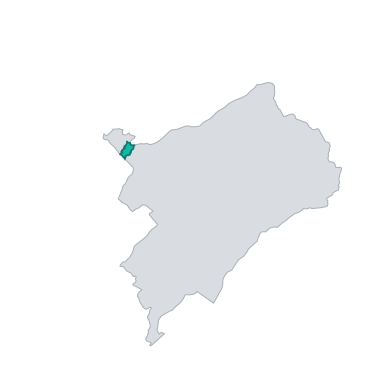 location of Mbanza-Ngungu, Bas-Congo, Democratic Republic of the Congo, rotated 47°
{"feature_id": "63176286B82592558575614", "entity_name": "Mbanza-Ngungu", "entity_type": "district", "adm_level": 2, "iso_a3": "COD", "parent_name": "Democratic Republic of the Congo", "parent_adm1": "Bas-Congo", "projection": "equal_earth", "projection_center": [14.766, -5.339], "detail": "fine", "context": "in_parent", "style": "filled", "palette": "teal", "viewbox_px": 384, "rotation_deg": 47, "n_neighbors": 0, "source": "geoboundaries", "source_scale": "gbopen_adm2", "svg_char_len": 6799}
<svg xmlns="http://www.w3.org/2000/svg" viewBox="0 0 384 384"><g transform="rotate(47 192 192)"><path d="M288.1,252.0L268.2,256.2L268.5,257.7L268.3,259.3L267.8,260.5L265.7,263.8L262.7,266.8L262.7,267.6L264.1,270.9L265.0,275.6L264.7,283.7L265.0,285.9L264.9,287.6L263.9,289.5L261.7,299.3L263.0,304.0L266.8,308.4L269.0,311.7L272.9,312.9L273.5,312.7L273.8,310.0L276.9,308.9L276.5,326.3L276.3,327.3L275.7,327.5L275.0,326.9L274.8,325.3L274.0,324.6L270.2,326.7L269.2,326.6L268.2,326.3L267.5,325.4L267.3,324.1L264.7,319.0L263.4,318.7L262.1,314.1L256.2,310.8L254.0,310.5L252.8,309.5L251.7,305.9L249.7,303.6L249.3,301.0L249.0,300.7L247.7,301.2L246.6,305.2L245.3,306.2L242.9,306.3L236.8,305.1L232.5,303.0L231.4,303.2L229.7,301.3L229.0,298.2L229.4,295.7L229.1,295.4L222.5,297.4L220.8,298.6L219.4,298.3L218.9,297.7L219.6,296.0L219.3,294.2L218.8,293.4L216.8,292.7L216.2,290.8L215.1,290.5L214.7,290.8L214.3,292.1L213.6,292.5L209.7,291.9L205.5,293.6L200.0,293.1L197.4,295.2L197.0,295.1L196.5,294.1L196.0,290.8L196.3,289.9L197.1,289.2L197.4,287.9L197.1,284.5L197.4,283.7L197.1,281.7L196.3,278.6L195.2,276.0L192.7,272.1L192.2,270.3L192.5,266.0L193.3,259.2L193.2,254.1L192.2,250.8L192.0,247.2L192.7,240.8L192.1,239.3L179.5,238.8L179.0,238.3L178.8,237.4L179.4,233.6L171.7,234.6L169.4,235.3L168.0,236.8L167.5,238.8L167.4,241.6L166.3,244.2L165.9,248.7L163.8,249.2L161.7,249.2L157.6,248.3L153.6,249.5L151.7,250.7L150.6,250.2L147.1,250.6L146.6,250.3L142.5,241.4L140.7,238.5L140.4,237.0L140.5,235.7L140.0,233.8L138.1,229.3L137.8,227.1L137.9,223.8L137.7,222.7L135.9,219.8L134.8,218.9L133.6,218.4L113.0,218.8L106.2,218.2L101.2,218.6L98.7,218.4L98.0,217.9L95.7,218.5L94.6,219.8L92.8,220.4L91.7,220.1L89.5,216.8L92.5,216.3L92.7,215.9L92.8,208.0L92.1,206.9L93.6,205.5L96.1,202.0L98.6,200.8L98.9,200.1L99.4,200.1L100.3,201.6L102.4,203.5L105.1,201.8L105.3,201.4L105.7,198.0L106.3,197.7L107.4,198.4L108.1,198.4L109.2,197.4L112.6,195.7L113.5,197.9L112.6,199.9L113.0,201.3L113.1,203.4L113.7,203.9L116.3,204.1L117.1,203.6L122.3,195.8L123.7,194.9L125.9,191.8L128.8,190.4L130.1,188.0L131.8,183.6L132.5,177.3L132.3,166.5L132.5,165.0L136.0,160.1L139.7,151.2L142.1,148.9L144.0,147.9L146.8,144.7L149.1,141.4L148.8,137.5L149.3,134.2L150.5,130.1L150.9,125.7L150.5,121.0L150.7,117.2L152.3,111.2L152.5,104.3L154.0,98.5L157.0,91.1L158.4,85.6L158.1,80.2L158.5,76.2L158.3,73.8L157.8,71.8L158.1,70.5L159.2,70.0L160.6,67.9L163.1,62.6L165.9,60.0L167.8,59.2L169.8,59.3L171.1,59.7L173.2,61.8L175.6,63.5L177.4,65.6L179.2,68.8L183.4,69.5L185.3,70.7L186.4,71.1L186.8,70.8L187.7,71.0L189.7,72.0L191.3,71.4L199.2,73.5L200.1,72.5L202.3,66.9L203.9,65.0L206.6,64.8L208.7,65.9L209.8,65.9L219.5,61.1L220.8,60.9L224.3,62.0L226.6,61.3L227.5,61.5L229.5,60.7L231.1,57.3L232.4,56.5L246.4,60.1L248.5,58.4L249.5,58.2L252.6,59.5L253.6,61.5L255.4,63.3L256.8,66.2L258.9,67.8L259.9,69.4L261.2,70.4L263.7,70.8L266.9,68.2L269.2,68.5L271.5,69.9L272.3,69.8L274.0,68.3L274.9,66.6L275.7,66.3L277.1,67.0L278.2,68.5L279.2,70.8L282.7,75.8L286.1,77.9L287.0,80.9L288.2,80.7L288.8,80.9L289.7,82.9L290.3,83.3L290.4,84.1L289.6,85.9L288.8,89.4L289.9,91.5L289.0,94.6L288.6,97.9L289.7,98.7L291.1,98.6L292.4,100.3L293.4,100.6L294.5,102.3L294.2,103.8L290.9,109.1L285.9,115.5L284.2,116.3L283.4,117.5L282.8,119.3L281.3,120.9L280.2,121.6L280.1,126.2L278.4,131.0L277.8,132.0L276.9,139.8L277.0,141.2L276.1,147.6L276.2,153.6L273.8,155.4L272.1,158.4L271.4,160.4L271.4,165.3L268.7,168.2L268.5,168.9L269.1,172.3L270.1,172.9L270.1,174.0L272.4,177.7L272.2,189.0L272.3,190.1L273.4,192.8L274.2,197.9L273.3,204.4L276.2,216.3L274.8,220.7L275.4,224.9L277.2,229.2L281.4,233.5L282.5,235.3L283.5,237.7L284.5,241.4L288.1,252.0Z" fill="#d9dde1" stroke="#a8b0b8" stroke-width="1"/><path d="M113.7,214.8L113.8,214.8L114.1,214.8L114.1,215.2L114.0,215.3L114.2,215.6L114.3,215.6L114.2,215.8L114.2,216.0L114.3,216.0L114.3,216.3L114.6,216.4L114.8,216.6L115.0,216.3L115.3,216.0L115.5,216.1L115.5,216.4L115.5,216.5L115.4,216.7L115.5,216.7L115.5,216.9L115.5,217.0L115.6,216.9L115.6,217.1L115.6,217.3L115.4,217.5L115.5,217.6L115.7,217.8L115.7,218.0L115.8,218.1L115.7,218.2L115.8,218.3L115.7,218.3L115.5,218.5L115.4,218.7L115.3,218.8L115.2,218.9L115.3,219.0L115.4,218.9L116.2,218.5L116.4,218.4L117.0,218.3L117.5,218.3L119.3,218.4L120.2,218.3L120.3,218.3L120.6,218.4L121.6,218.4L122.6,218.6L122.4,218.5L122.3,218.4L122.2,218.2L122.2,218.3L122.1,218.2L121.9,218.0L122.0,218.1L121.9,218.2L121.7,218.1L121.7,217.9L121.4,217.8L121.3,217.6L121.3,217.4L121.2,217.5L121.1,217.4L121.1,217.1L121.0,216.9L120.9,216.7L120.6,216.4L120.4,216.2L120.4,215.9L120.5,215.8L120.5,215.4L120.6,215.2L120.8,215.1L120.9,214.9L120.8,214.7L121.0,214.5L121.0,214.4L120.9,214.4L120.9,214.2L121.0,214.2L121.3,214.0L121.4,213.9L121.4,213.7L121.5,213.7L121.6,213.4L121.6,213.5L121.7,213.4L121.9,213.4L121.9,213.1L122.0,213.0L122.0,212.9L122.0,212.7L122.1,212.4L122.4,212.1L122.2,211.9L122.2,211.6L122.1,211.3L122.0,211.2L121.8,211.1L121.7,211.0L121.8,211.0L121.8,210.9L121.7,210.9L121.7,210.7L121.6,210.4L121.6,210.2L121.6,209.8L121.5,209.6L121.5,209.8L121.3,209.6L121.4,209.4L121.3,209.2L121.2,209.2L121.1,209.3L121.0,209.2L121.0,209.3L120.9,209.1L121.0,209.1L120.9,209.1L120.7,209.0L120.7,208.9L120.6,209.1L120.5,208.9L120.6,208.7L120.4,208.6L120.2,208.4L120.1,208.1L120.1,207.9L120.2,207.6L120.3,207.6L120.3,207.4L120.4,207.2L120.2,207.0L120.1,206.9L120.3,206.7L120.2,206.6L120.3,206.5L120.3,206.4L120.2,206.3L120.2,206.2L120.3,206.0L120.5,205.8L120.3,205.5L120.2,205.0L120.1,204.8L120.0,204.7L119.9,204.7L119.6,204.6L119.5,204.4L119.4,204.4L119.4,204.2L119.2,204.0L119.3,203.9L119.3,203.7L119.1,203.6L118.9,203.4L118.7,203.0L118.7,202.9L118.6,203.0L118.5,202.7L118.4,202.7L118.1,202.5L118.0,202.8L117.7,203.4L117.6,203.5L117.3,203.6L117.0,203.8L116.8,203.9L116.8,204.0L116.7,204.1L116.4,204.4L116.2,204.6L116.0,204.8L115.9,204.7L115.8,204.8L115.7,204.8L115.6,204.7L115.4,204.6L115.0,204.5L114.9,204.4L114.9,204.2L114.7,204.0L114.4,204.0L114.2,203.9L113.9,203.7L113.7,204.0L113.4,204.2L113.3,204.4L113.0,204.7L112.8,204.7L112.7,204.7L112.3,205.0L112.1,205.0L111.9,205.0L111.7,205.2L111.3,205.0L111.2,205.0L110.9,205.0L110.7,205.1L110.8,205.4L110.9,205.5L111.0,205.5L111.2,205.8L111.4,205.9L111.5,205.9L111.7,206.0L111.8,206.2L111.9,206.3L112.0,206.3L112.2,206.6L112.3,206.8L112.3,207.0L112.2,207.3L112.3,207.5L112.5,207.6L112.6,207.9L112.7,208.0L112.5,208.3L112.6,208.5L112.7,209.0L112.6,208.9L112.6,209.1L112.7,209.3L112.8,209.3L112.8,209.5L113.0,209.7L112.9,209.9L112.9,210.1L113.0,210.2L112.9,210.2L112.9,210.4L112.7,210.4L112.8,210.5L112.9,211.0L113.0,211.4L113.1,211.8L113.3,211.7L113.5,211.6L113.9,211.4L114.3,211.4L114.2,211.6L114.1,211.8L114.0,211.7L114.0,212.0L114.0,212.4L113.9,212.7L113.9,213.0L114.0,213.3L114.0,213.5L113.9,213.9L113.6,214.1L113.7,214.3L113.7,214.5L113.7,214.8Z" fill="#14b8a6" stroke="#0f766e" stroke-width="1.5"/></g></svg>